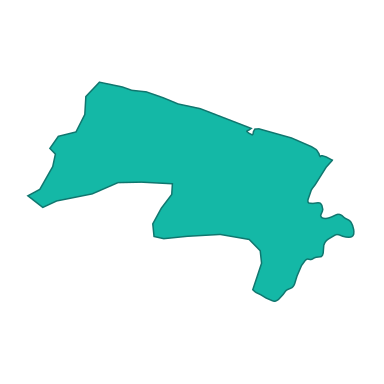 outline of Atsimo-Atsinanana, rotated 273°
{"feature_id": "MDG-5867", "entity_name": "Atsimo-Atsinanana", "entity_type": "Autonomous Province", "adm_level": 1, "iso_a3": "MDG", "parent_name": "Madagascar", "parent_adm1": "", "projection": "albers", "projection_center": [47.076, -23.231], "detail": "fine", "context": "isolated", "style": "filled", "palette": "teal", "viewbox_px": 384, "rotation_deg": 273, "n_neighbors": 0, "source": "natural_earth", "source_scale": "10m", "svg_char_len": 1895}
<svg xmlns="http://www.w3.org/2000/svg" viewBox="0 0 384 384"><g transform="rotate(273 192 192)"><path d="M296.8,93.8L293.2,117.1L290.4,126.5L289.6,141.1L284.6,158.3L279.2,173.5L275.6,196.0L258.6,247.8L256.9,245.7L256.1,243.9L255.3,243.6L253.7,245.7L252.2,249.1L253.2,250.0L255.5,250.2L258.1,251.5L258.6,255.5L251.2,288.4L243.4,309.2L240.9,313.7L239.9,314.7L237.7,316.2L237.0,316.8L236.7,316.8L235.2,317.4L234.1,318.2L234.4,318.6L235.0,319.1L235.0,320.0L235.0,320.4L234.0,324.3L231.6,329.4L231.2,330.5L230.9,330.4L223.8,324.7L205.7,314.6L202.1,312.1L200.1,311.0L190.0,308.1L187.9,308.4L187.0,309.4L186.9,313.3L187.8,318.1L187.8,319.3L187.6,320.5L186.7,321.5L185.4,322.4L181.5,323.5L179.6,323.2L175.5,321.7L174.0,322.2L173.0,323.3L172.6,324.9L172.5,326.7L172.8,328.3L173.3,330.0L174.5,332.9L176.7,337.0L177.3,338.5L177.4,340.1L177.0,341.6L176.3,343.0L174.4,345.3L173.6,346.7L172.3,349.7L171.6,350.9L170.6,352.0L169.4,352.8L167.0,354.1L163.0,355.4L161.0,355.7L158.4,355.7L156.8,355.0L155.7,353.8L155.2,352.3L155.0,350.7L155.1,348.0L155.7,344.7L156.8,341.6L157.1,340.0L157.0,338.4L156.4,337.0L152.2,330.7L151.2,329.5L150.0,328.4L148.5,327.4L145.8,326.4L138.0,326.2L135.6,325.6L134.2,324.4L133.3,319.3L132.7,317.8L131.1,315.3L130.7,313.9L131.1,311.1L131.0,310.5L130.4,309.5L129.5,308.6L124.3,305.2L113.7,301.3L105.7,299.3L104.2,298.7L102.9,297.9L101.8,296.9L101.0,295.5L99.6,292.6L98.7,291.3L97.6,290.4L94.5,288.4L89.2,284.0L87.9,282.1L87.2,280.5L87.3,279.2L87.7,277.7L90.0,271.5L93.0,266.0L94.9,261.4L95.7,260.1L97.6,257.8L124.5,265.2L136.9,263.2L147.6,251.6L151.1,222.4L147.5,189.4L143.9,166.2L145.6,156.4L158.1,154.5L174.2,162.2L188.5,171.9L199.2,172.0L199.2,160.3L199.2,140.9L197.5,117.6L184.9,92.4L176.0,57.4L168.8,43.8L179.6,28.3L186.7,39.9L210.1,51.6L222.7,53.6L228.1,47.8L240.6,55.6L245.9,73.0L263.8,80.9L281.8,81.0L296.8,93.8Z" fill="#14b8a6" stroke="#0f766e" stroke-width="1.5"/></g></svg>